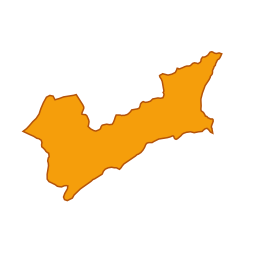 SVG path tracing the border of Souss - Massa - Draâ, rotated 171°
{"feature_id": "MAR-1455", "entity_name": "Souss - Massa - Draâ", "entity_type": "Region", "adm_level": 1, "iso_a3": "MAR", "parent_name": "Morocco", "parent_adm1": "", "projection": "mercator", "projection_center": [-8.042, 30.523], "detail": "fine", "context": "isolated", "style": "filled", "palette": "amber", "viewbox_px": 256, "rotation_deg": 171, "n_neighbors": 0, "source": "natural_earth", "source_scale": "10m", "svg_char_len": 3089}
<svg xmlns="http://www.w3.org/2000/svg" viewBox="0 0 256 256"><g transform="rotate(171 128 128)"><path d="M232.2,141.1L228.3,143.2L225.2,145.6L221.1,149.1L217.2,151.8L213.6,155.7L211.0,160.8L207.6,166.2L203.7,171.2L200.1,172.4L197.0,171.2L195.7,167.3L191.1,167.9L186.7,168.8L182.0,168.8L176.6,168.8L173.9,169.1L169.1,158.0L168.4,155.6L168.7,154.1L171.2,150.0L171.3,148.8L169.9,148.3L167.8,147.8L166.7,146.4L165.6,142.2L165.5,140.3L166.5,137.2L167.2,135.8L165.1,133.0L162.2,130.8L160.2,130.0L157.1,130.7L155.4,131.5L154.2,133.7L153.0,134.8L151.1,135.0L148.4,135.1L145.9,134.2L143.1,134.1L141.6,135.7L140.0,138.4L138.9,140.7L137.6,142.7L133.7,142.0L132.4,141.3L131.0,141.3L129.7,141.0L126.4,141.5L124.5,142.6L122.9,143.8L121.5,145.3L115.6,145.4L113.8,145.9L112.7,147.6L111.9,149.7L110.6,151.0L108.9,151.7L106.9,150.6L104.6,150.5L101.6,151.0L99.1,152.8L93.7,153.0L91.4,152.3L88.8,152.4L87.8,154.0L87.2,155.3L87.3,156.6L87.8,157.5L86.9,158.6L86.7,159.7L86.8,161.0L86.9,168.6L87.5,171.1L88.5,173.3L88.7,174.7L87.8,175.3L86.6,175.6L85.3,176.2L80.2,174.0L76.3,174.3L72.7,175.4L71.1,177.4L70.1,179.3L69.3,179.1L68.6,178.3L67.5,178.4L64.3,179.1L62.4,179.7L60.2,180.0L58.4,179.7L56.7,179.8L54.0,181.7L52.2,182.0L50.4,181.4L48.8,180.6L46.5,181.5L45.5,182.7L45.0,184.5L43.3,186.4L41.4,186.1L39.5,186.6L37.7,187.5L35.0,190.1L33.2,190.2L31.7,189.2L30.9,188.4L29.8,188.0L28.9,187.7L26.3,187.9L23.8,186.6L25.7,183.7L26.7,182.5L27.4,181.9L28.8,181.4L29.4,180.7L30.3,179.3L31.2,178.1L31.6,177.3L31.8,176.6L32.0,176.2L33.3,175.2L33.5,175.0L33.8,174.1L35.4,171.8L35.6,171.3L35.7,170.4L35.9,169.4L36.2,168.6L36.6,167.9L38.4,166.3L38.7,165.8L38.9,165.1L40.4,163.0L45.2,157.8L49.0,151.0L51.4,145.4L51.7,143.9L52.3,138.4L53.0,135.5L53.1,134.7L53.0,133.6L52.6,133.0L52.0,132.6L51.4,131.9L50.9,131.2L50.0,129.0L49.7,127.6L49.4,127.4L49.0,127.4L48.5,127.2L48.2,126.9L47.5,125.7L44.9,123.9L44.1,123.9L43.2,123.7L42.7,123.1L42.8,121.4L43.6,119.8L44.5,118.3L45.2,116.9L45.5,115.9L45.5,115.4L45.4,115.0L45.1,114.6L45.1,114.3L45.2,114.0L45.2,113.5L45.1,109.6L47.2,111.1L48.7,113.9L50.0,115.3L51.8,115.2L53.9,114.1L55.3,113.0L59.0,113.2L63.4,113.0L66.8,114.5L71.0,114.6L73.8,114.1L75.4,113.4L76.9,112.1L80.8,109.7L82.3,109.3L83.3,109.9L83.9,111.0L84.1,112.5L84.8,113.2L85.8,113.1L87.8,112.6L90.6,112.3L99.3,112.3L104.4,110.7L106.5,109.8L109.6,110.3L111.4,110.2L113.0,109.0L114.7,106.2L116.7,103.8L119.1,101.8L121.7,100.6L123.5,100.2L124.9,99.2L137.6,93.2L139.7,91.4L141.0,89.9L142.1,89.1L142.8,88.5L144.3,89.5L145.6,90.5L147.9,90.9L150.3,91.8L153.7,91.8L156.9,90.9L159.0,89.2L160.7,86.5L168.9,83.0L170.7,82.6L173.1,81.0L184.6,75.3L191.8,70.2L193.9,67.5L199.3,65.8L201.9,67.2L202.5,69.9L200.7,73.2L197.3,77.4L196.5,80.2L198.0,80.8L200.0,80.9L202.8,80.2L204.7,80.7L206.9,81.5L208.7,83.4L214.4,87.4L215.8,90.1L215.1,94.9L212.4,103.1L212.2,105.8L212.5,108.0L211.4,111.0L210.4,111.9L210.3,113.4L210.3,115.5L211.5,116.4L212.7,117.8L213.4,119.4L214.7,121.3L216.1,122.9L216.0,125.0L215.3,126.9L215.6,129.5L217.7,131.4L219.6,132.1L222.5,134.6L226.5,137.2L232.2,141.1Z" fill="#f59e0b" stroke="#b45309" stroke-width="1.5"/></g></svg>